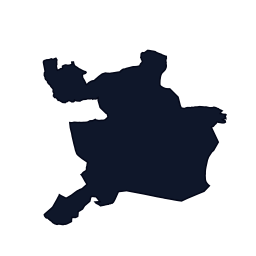 the district of Baringo South, Rift Valley, Kenya, rotated 79°
{"feature_id": "3690345B40678140924762", "entity_name": "Baringo South", "entity_type": "district", "adm_level": 2, "iso_a3": "KEN", "parent_name": "Kenya", "parent_adm1": "Rift Valley", "projection": "robinson", "projection_center": [36.066, 0.459], "detail": "fine", "context": "isolated", "style": "filled", "palette": "ink", "viewbox_px": 256, "rotation_deg": 79, "n_neighbors": 0, "source": "geoboundaries", "source_scale": "gbopen_adm2", "svg_char_len": 5783}
<svg xmlns="http://www.w3.org/2000/svg" viewBox="0 0 256 256"><g transform="rotate(79 128 128)"><path d="M46.3,198.1L47.5,198.5L53.7,198.5L55.5,198.5L57.2,198.7L57.9,199.5L60.3,200.1L62.8,199.6L63.7,199.8L64.7,199.5L65.6,198.7L66.6,198.1L67.5,198.2L69.2,197.6L69.8,197.1L71.6,195.8L72.4,195.8L75.1,194.2L75.9,194.0L78.0,194.6L80.0,194.0L80.8,194.1L81.2,194.7L82.3,195.1L83.0,194.6L84.0,194.3L84.0,193.5L85.5,192.0L86.1,191.9L86.8,191.4L87.5,191.3L87.8,190.1L90.4,187.2L91.1,184.7L90.5,183.8L90.4,182.4L89.7,181.4L90.0,180.1L90.6,179.2L91.5,178.3L91.7,177.3L91.8,176.5L91.5,175.8L90.8,175.5L90.3,175.2L90.8,174.7L91.3,173.7L91.9,172.0L92.1,170.9L92.4,170.0L92.0,169.2L91.9,168.8L91.4,166.6L91.7,164.2L91.7,163.2L91.5,162.4L91.7,161.2L92.1,159.7L92.2,157.6L93.0,157.1L92.7,156.2L93.3,154.3L93.2,153.2L92.6,152.2L92.4,151.6L93.8,151.7L95.3,152.0L102.5,151.4L103.4,150.8L109.3,146.7L110.0,145.8L110.7,145.6L113.4,145.5L113.9,145.8L114.1,146.5L115.3,148.4L115.5,148.8L115.7,149.5L115.8,150.0L115.8,150.4L115.4,152.8L115.2,155.2L114.7,156.4L114.2,157.7L113.3,158.5L113.8,160.0L114.1,161.5L113.8,163.5L113.8,164.4L114.2,165.3L114.4,166.1L114.5,167.0L114.4,168.4L114.2,169.6L114.0,170.6L113.9,171.8L113.5,174.0L113.3,174.4L113.1,176.1L112.2,179.3L112.1,180.6L112.2,181.7L112.0,182.8L111.6,184.1L116.6,184.5L119.6,184.4L122.5,184.2L125.2,184.3L134.0,184.0L136.6,183.8L139.8,183.7L143.6,183.1L145.3,182.1L147.8,180.0L149.4,178.6L152.6,175.4L154.3,174.0L155.7,175.0L156.5,175.1L159.3,176.4L160.4,176.4L161.4,177.0L161.7,177.2L162.2,177.9L162.5,179.1L163.1,180.4L163.6,181.1L164.4,181.9L164.8,182.9L165.6,182.4L167.5,181.7L172.4,180.1L174.1,179.4L175.5,178.9L178.9,184.7L179.1,185.8L179.3,186.8L179.3,187.3L179.7,188.1L180.1,189.8L181.0,191.8L183.2,196.3L184.9,201.1L185.1,202.3L181.7,206.7L180.4,208.1L181.5,208.7L182.6,209.7L184.9,211.5L191.2,216.9L192.2,218.4L196.4,225.7L197.1,226.7L198.4,226.6L199.4,226.1L200.2,225.7L200.7,225.2L200.8,224.7L201.0,224.1L201.3,223.8L201.5,223.5L202.2,223.3L202.6,222.7L202.9,222.4L203.7,222.1L204.8,220.8L206.4,219.9L207.8,218.3L208.0,218.1L208.3,217.4L208.8,216.7L208.9,216.4L209.1,215.7L209.0,215.4L208.9,215.0L209.1,214.0L209.5,212.6L209.9,211.7L210.4,210.2L210.3,208.6L210.5,207.8L210.4,206.5L209.6,203.4L209.0,201.4L206.9,200.9L205.0,200.1L205.8,196.7L205.2,194.3L203.8,193.8L200.5,192.9L200.1,191.4L199.5,189.9L199.1,188.8L198.8,188.1L198.6,187.9L196.7,186.2L195.9,185.4L192.6,179.5L190.2,178.4L189.7,178.3L189.2,178.0L188.1,176.9L188.7,174.7L189.0,173.8L189.3,172.8L189.5,172.5L189.7,172.2L195.0,169.5L194.4,174.4L195.6,173.7L195.8,173.5L196.7,172.3L198.1,170.6L198.8,170.1L199.2,169.6L199.0,168.6L199.1,168.3L199.1,167.5L199.1,166.8L199.1,166.0L199.0,165.1L199.0,164.1L199.0,162.5L199.1,161.8L198.9,161.6L198.9,161.2L198.8,160.9L198.9,159.5L198.6,158.7L198.7,157.7L198.2,157.4L198.2,156.9L197.5,156.1L197.1,155.8L195.4,154.4L188.6,149.6L189.0,144.2L189.2,141.2L189.4,140.8L189.7,140.1L195.7,125.0L199.4,116.1L200.8,112.8L202.7,107.9L203.2,106.5L203.5,106.1L206.4,98.5L207.3,96.3L208.7,92.6L209.8,89.3L209.3,87.4L208.2,83.0L205.6,70.5L204.6,65.4L200.2,59.2L199.4,59.9L198.5,60.5L197.0,61.3L195.6,61.8L193.9,62.0L192.0,61.8L189.1,61.4L187.6,60.9L187.2,60.9L185.5,60.5L183.7,60.0L181.5,59.2L174.5,56.2L171.6,54.4L169.4,52.3L167.4,50.3L166.3,48.3L159.1,42.1L143.3,46.1L142.8,45.3L142.6,44.0L142.0,43.2L141.2,42.3L140.5,41.0L139.9,40.3L139.1,39.5L139.2,38.7L139.7,37.9L140.2,36.4L140.8,34.9L141.1,33.7L141.2,32.5L140.8,31.3L139.7,31.2L139.0,32.1L138.6,33.1L137.8,33.6L138.2,32.4L137.3,32.1L137.2,31.2L137.5,30.2L136.9,30.3L136.2,30.1L135.7,30.3L135.0,30.7L134.3,29.7L133.6,29.3L133.2,29.8L133.0,30.9L132.6,32.2L131.7,33.9L131.4,34.7L130.6,34.2L129.6,33.5L129.1,32.4L128.5,33.1L127.3,34.9L126.3,35.7L125.8,36.8L125.2,37.4L124.5,38.6L124.0,39.8L124.2,40.9L123.9,43.2L123.6,44.3L122.2,47.5L122.2,48.3L121.0,52.5L120.7,53.6L120.6,55.9L120.2,58.4L120.3,59.2L120.3,60.4L119.9,61.2L119.9,61.9L120.1,62.8L119.7,63.8L119.3,66.0L119.4,67.4L119.7,68.7L119.4,69.8L119.0,70.7L118.6,71.9L115.9,72.5L107.2,73.0L97.6,79.5L97.3,81.1L96.9,82.5L96.4,83.9L95.2,85.8L93.7,87.4L92.8,88.2L91.7,88.5L90.2,88.3L87.2,87.6L83.8,86.4L82.0,85.5L80.7,84.5L79.8,83.3L79.1,82.2L77.8,80.5L76.9,79.8L75.9,79.2L75.4,78.9L73.7,78.5L72.6,78.5L71.8,78.4L70.8,78.1L69.5,78.2L68.7,78.0L67.7,77.6L66.7,77.0L65.7,77.0L65.0,76.8L64.6,77.7L62.8,80.6L62.1,81.3L60.8,83.5L59.9,84.9L59.0,86.1L58.3,86.7L57.7,88.0L56.8,90.5L55.9,92.8L55.6,94.0L56.9,96.6L57.2,97.6L57.2,98.1L56.8,99.5L57.5,100.7L58.5,101.1L59.9,101.4L61.3,102.0L62.4,101.6L63.5,101.6L64.4,101.1L64.7,101.1L65.7,101.3L66.7,102.1L67.2,103.1L67.8,103.6L68.3,104.0L69.1,104.3L69.3,105.1L69.4,106.0L69.4,107.4L69.3,108.6L68.9,111.2L68.9,112.4L69.0,113.7L69.1,115.1L69.2,117.5L69.3,118.7L69.6,119.5L69.4,120.9L69.6,122.4L70.2,123.3L70.7,124.4L71.4,125.2L71.4,126.0L71.3,127.3L71.1,133.0L71.0,133.8L71.0,135.2L71.0,135.5L70.5,137.2L70.3,138.3L69.8,139.4L69.8,140.2L70.1,143.0L70.7,144.3L71.9,146.8L73.6,149.7L74.1,150.7L74.7,151.5L75.1,152.4L75.0,153.6L75.1,155.0L75.5,156.2L75.8,157.2L76.2,158.1L77.2,159.4L77.3,159.8L77.5,160.5L76.9,160.9L75.8,161.1L72.9,161.9L70.3,162.9L68.2,162.9L66.5,162.3L66.4,161.0L66.3,160.1L66.1,159.2L65.3,158.5L64.6,159.0L64.1,160.1L63.0,161.7L61.6,163.4L60.9,164.2L60.5,165.0L59.3,165.9L57.9,167.4L56.8,168.5L55.9,168.8L54.1,169.0L52.8,169.0L52.7,169.8L52.6,170.6L53.7,170.7L54.9,170.7L55.2,173.5L55.0,175.3L54.3,176.9L54.2,177.6L54.5,179.4L54.8,180.5L55.4,180.6L56.2,180.6L57.1,181.0L56.9,182.6L57.5,184.2L57.8,185.2L57.9,186.2L57.1,186.5L54.4,186.6L53.2,186.5L52.8,186.3L52.0,185.8L50.9,185.7L48.5,185.3L48.1,185.1L47.7,184.8L45.8,185.5L46.1,187.1L46.4,188.2L46.1,189.2L45.5,190.0L45.6,190.9L45.9,191.9L45.8,193.5L45.6,194.7L45.9,197.1L46.3,198.1Z" fill="#0f172a" stroke="#020617" stroke-width="1.5"/></g></svg>